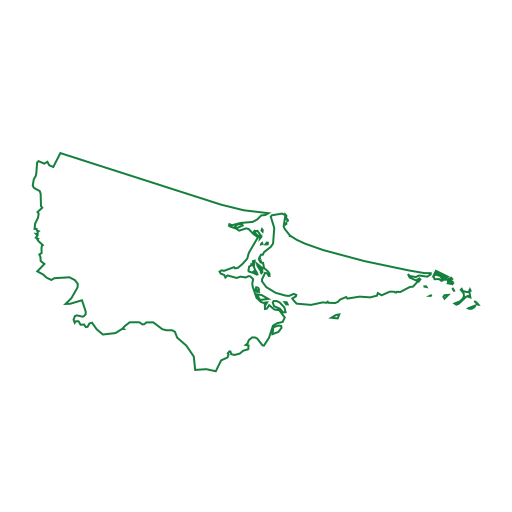 Bonthe, Southern, Sierra Leone, rotated 177°
{"feature_id": "65957751B90425188102960", "entity_name": "Bonthe", "entity_type": "district", "adm_level": 2, "iso_a3": "SLE", "parent_name": "Sierra Leone", "parent_adm1": "Southern", "projection": "albers", "projection_center": [-12.539, 7.5], "detail": "fine", "context": "isolated", "style": "outline", "palette": "green", "viewbox_px": 512, "rotation_deg": 177, "n_neighbors": 0, "source": "geoboundaries", "source_scale": "gbopen_adm2", "svg_char_len": 6083}
<svg xmlns="http://www.w3.org/2000/svg" viewBox="0 0 512 512"><g transform="rotate(177 256 256)"><path d="M471.3,262.3L467.7,259.1L475.2,252.1L469.6,248.7L466.1,245.2L461.6,242.8L458.5,244.4L443.4,244.5L438.0,241.3L435.4,237.4L435.9,233.9L442.6,223.5L448.7,218.1L444.2,218.0L432.1,220.9L429.0,209.6L429.1,206.9L431.0,204.9L432.5,204.5L438.0,206.1L440.0,205.4L441.5,201.9L440.5,198.8L439.6,200.1L437.5,200.3L436.4,199.8L434.8,196.5L431.3,196.6L429.7,193.9L427.9,194.1L425.9,197.3L423.3,198.0L418.9,191.1L413.0,185.6L400.3,186.4L393.5,190.2L391.9,190.1L392.7,190.9L390.8,192.8L385.6,196.4L376.0,195.9L372.9,193.6L371.2,193.7L369.0,195.4L362.0,195.1L353.4,187.8L349.3,186.5L343.6,186.2L340.9,184.5L339.0,178.6L330.3,170.2L323.4,158.9L322.7,145.4L311.6,145.6L302.2,143.0L296.3,153.6L289.8,156.1L288.6,158.9L289.3,160.2L287.6,162.1L286.6,162.0L285.9,159.3L282.6,158.3L277.3,159.4L273.7,162.1L268.6,163.3L268.1,167.0L270.9,167.7L269.0,169.0L267.6,172.4L264.1,174.9L261.2,174.7L259.0,173.4L254.2,166.4L252.8,166.1L247.3,173.6L242.7,185.5L238.3,187.8L232.9,188.7L230.5,193.1L235.7,200.7L240.5,201.6L245.4,206.2L247.9,202.9L249.8,202.6L249.7,208.3L253.6,209.9L257.6,214.1L260.9,225.4L261.2,228.5L260.1,233.0L262.6,235.8L264.3,236.3L267.6,235.1L272.4,236.2L276.5,235.1L285.5,238.1L287.7,236.1L288.7,238.7L292.1,240.2L293.2,242.3L291.0,243.5L288.8,242.8L278.6,246.0L277.7,244.8L274.9,245.0L270.2,248.5L264.9,253.8L263.0,259.5L253.1,274.6L257.6,278.3L261.9,283.3L264.4,284.1L271.5,282.2L274.2,284.3L280.6,286.9L281.4,287.6L280.9,289.2L278.3,288.0L269.6,289.8L257.6,290.2L252.9,292.4L248.7,296.2L244.5,296.5L241.3,298.1L265.8,302.3L288.5,309.2L446.0,369.0L453.8,355.5L457.7,357.4L459.4,361.0L462.6,359.3L468.2,362.1L469.7,360.8L471.0,350.5L471.7,347.6L473.9,344.2L475.3,337.8L474.0,335.5L468.6,332.2L467.8,329.4L468.1,317.1L466.9,315.4L471.9,311.3L470.8,309.7L471.7,305.6L474.9,299.9L475.7,294.7L473.7,294.6L473.4,292.8L471.8,292.1L472.7,291.5L472.9,289.3L474.6,289.6L473.2,287.8L474.9,285.8L472.7,284.6L473.5,284.0L472.7,282.5L468.3,278.0L469.3,277.3L469.8,275.1L469.9,270.2L472.3,268.8L471.3,266.4L471.3,262.3ZM218.0,206.3L203.6,204.3L191.7,206.2L188.1,205.6L186.8,206.6L186.2,205.5L179.4,204.9L176.6,205.9L174.3,208.1L168.1,210.3L166.9,208.7L154.6,210.0L144.1,208.7L137.2,210.1L136.3,212.6L132.6,210.2L124.2,213.4L120.1,213.1L118.2,212.1L117.4,212.9L113.8,212.5L104.0,217.0L100.8,217.2L95.6,222.3L103.7,226.5L105.2,230.0L103.5,228.0L97.5,226.6L94.2,228.0L86.1,226.4L82.5,228.5L82.4,229.7L88.7,230.1L104.2,233.6L147.9,245.2L188.6,258.4L206.5,265.8L214.6,270.1L220.9,274.6L221.4,273.2L221.0,274.6L226.0,281.7L226.8,284.3L224.5,295.3L227.8,297.0L238.1,295.8L239.2,294.5L236.3,283.1L238.3,267.5L240.8,264.3L247.8,259.4L249.2,256.9L250.8,257.1L252.4,254.9L252.1,253.5L253.0,253.6L253.3,252.6L252.1,250.0L251.4,250.7L250.9,249.0L249.3,248.8L248.6,243.6L244.7,239.8L243.5,237.7L243.5,235.4L244.3,235.4L245.6,238.0L247.8,238.7L251.2,232.4L251.4,230.5L247.4,224.4L238.3,218.2L228.6,214.9L225.1,214.4L220.3,216.2L217.8,215.0L218.3,213.6L222.0,211.7L221.0,210.1L218.0,206.3ZM240.8,210.1L241.7,208.6L240.6,204.9L234.7,202.0L232.1,198.3L229.4,198.3L230.3,203.1L234.7,208.3L237.6,209.9L240.8,210.1ZM74.4,223.4L72.2,221.5L71.3,221.7L71.9,223.2L71.6,224.2L73.3,226.5L78.1,228.2L77.4,229.9L76.6,229.8L77.5,228.1L74.8,229.7L73.0,228.9L74.9,227.8L73.6,228.2L72.9,226.9L70.7,226.8L69.0,225.2L69.0,225.9L68.5,224.6L69.9,222.5L68.1,222.4L67.5,224.2L65.5,225.3L77.1,231.8L80.2,226.1L79.5,225.8L78.9,223.5L74.4,223.4ZM50.4,205.0L51.7,202.6L54.8,200.0L60.2,198.2L58.5,196.9L56.0,197.7L48.4,204.2L46.7,205.0L45.7,204.8L45.7,205.6L45.3,204.0L47.1,204.6L44.1,203.4L44.9,209.0L44.3,210.6L44.1,209.6L43.6,209.8L43.8,211.1L44.5,211.0L45.1,209.1L47.1,208.9L51.3,210.2L52.3,212.4L53.3,211.5L50.7,208.1L50.4,205.0ZM243.6,177.1L237.6,179.0L234.3,182.9L234.5,184.8L237.1,185.4L242.4,183.9L243.6,177.1ZM261.1,248.1L261.5,246.7L263.4,245.8L264.3,242.1L264.1,241.0L260.6,239.6L257.4,241.9L259.3,246.6L261.1,248.1ZM253.8,211.9L245.9,212.5L252.6,216.8L256.8,217.6L255.0,213.1L253.8,211.9ZM268.3,288.8L273.2,288.4L276.1,285.7L273.5,285.0L267.7,287.1L268.3,288.8ZM184.0,190.4L177.7,189.4L175.9,193.3L179.0,193.0L184.0,190.4ZM254.9,281.0L255.7,278.8L251.9,275.1L250.9,277.4L253.2,281.0L254.9,281.0ZM69.8,207.0L71.0,205.5L70.0,203.5L66.0,207.1L69.8,207.0ZM66.0,218.7L62.4,217.9L62.6,221.8L63.3,219.9L64.9,221.3L66.0,218.7ZM257.4,224.8L258.1,222.8L255.0,220.4L254.8,222.6L255.6,224.2L257.4,224.8ZM39.5,195.1L46.5,192.8L46.8,192.6L44.8,191.9L42.6,192.3L40.4,193.7L39.5,195.1ZM255.4,248.2L255.0,245.9L253.3,242.9L252.1,245.2L255.4,248.2ZM66.3,222.5L65.8,221.0L64.9,222.2L61.4,222.7L60.6,222.0L62.4,224.1L66.3,222.5ZM259.3,239.2L256.4,237.4L255.5,237.6L256.4,240.2L259.3,239.2ZM251.1,244.2L252.3,242.2L252.1,240.6L250.5,240.6L250.2,243.7L251.1,244.2ZM94.0,225.1L96.3,223.9L94.8,222.0L93.1,224.1L94.0,225.1ZM259.3,251.1L259.4,249.3L258.3,247.4L257.6,251.4L259.3,251.1ZM229.9,208.4L228.4,206.1L226.9,206.0L227.8,208.2L229.9,208.4ZM246.0,267.1L243.8,267.0L243.4,268.6L244.5,268.8L246.0,267.1ZM71.4,226.5L71.2,224.2L71.6,223.3L70.9,222.7L70.2,225.0L71.4,226.5ZM249.6,275.6L251.0,274.6L251.3,273.0L249.6,274.9L249.6,275.6ZM248.6,282.5L249.2,281.1L248.2,280.0L247.9,281.5L248.6,282.5ZM223.9,292.3L222.6,289.3L222.8,288.5L222.2,290.1L223.9,292.3ZM256.1,281.3L256.9,280.1L256.2,279.2L255.2,280.8L256.1,281.3ZM257.9,221.6L256.7,220.0L255.4,220.1L256.4,221.2L257.9,221.6ZM255.6,277.5L255.3,276.7L253.4,276.3L254.8,277.6L255.6,277.5ZM251.6,240.4L252.1,239.4L251.6,238.5L250.6,239.4L251.6,240.4ZM61.5,213.9L60.8,211.9L59.5,210.1L61.5,213.9ZM61.6,218.2L60.5,218.5L60.1,219.3L60.8,218.4L61.1,220.8L61.6,218.2ZM40.4,199.6L36.6,195.6L36.3,195.6L38.1,197.9L40.4,199.6ZM224.4,292.6L223.8,292.6L223.6,294.8L224.4,295.7L224.4,292.6ZM247.3,209.1L248.7,209.1L248.2,207.8L247.3,209.1ZM250.3,267.3L248.9,267.6L249.2,268.7L250.0,268.2L250.3,267.3ZM225.6,285.3L224.0,286.4L224.0,287.2L225.6,285.3ZM82.7,207.9L83.5,207.6L84.6,207.1L83.6,207.0L82.7,207.9ZM87.4,216.1L87.8,216.8L89.4,216.9L89.4,216.6L87.4,216.1Z" fill="none" stroke="#15803d" stroke-width="2"/></g></svg>